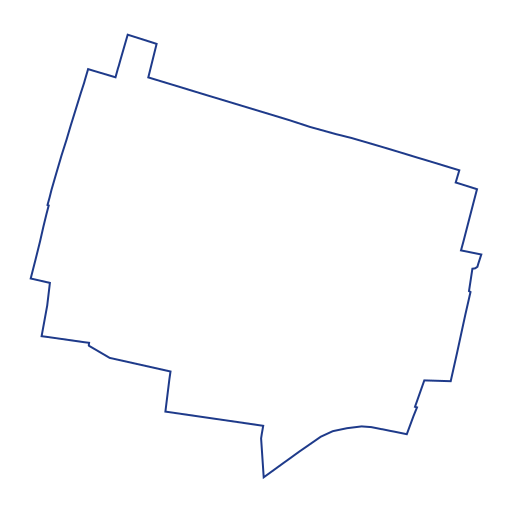 Cezieni, Olt, Romania (Albers equal-area conic projection)
{"feature_id": "2599482B37595312342711", "entity_name": "Cezieni", "entity_type": "district", "adm_level": 2, "iso_a3": "ROU", "parent_name": "Romania", "parent_adm1": "Olt", "projection": "albers", "projection_center": [24.269, 44.184], "detail": "fine", "context": "isolated", "style": "outline", "palette": "blue", "viewbox_px": 512, "rotation_deg": 0, "n_neighbors": 0, "source": "geoboundaries", "source_scale": "gbopen_adm2", "svg_char_len": 1353}
<svg xmlns="http://www.w3.org/2000/svg" viewBox="0 0 512 512"><path d="M381.7,429.2L382.1,429.2L383.6,429.5L390.3,430.9L394.1,431.6L406.8,434.2L413.6,415.8L417.0,407.4L415.0,406.8L423.6,382.4L424.3,380.4L450.7,381.2L457.0,353.1L463.8,321.7L465.5,313.9L470.5,292.0L469.0,291.1L472.4,268.7L474.9,268.4L475.5,268.1L477.4,266.8L478.3,263.7L481.3,254.5L461.0,250.4L463.4,241.6L473.7,201.8L477.0,189.2L459.6,183.7L455.7,182.5L457.8,175.4L459.1,171.0L459.3,170.3L458.7,170.1L450.7,167.7L423.8,159.5L418.0,157.8L392.7,150.1L376.9,145.4L351.2,137.9L346.7,136.8L341.2,135.4L336.2,134.2L310.2,127.0L288.8,120.0L206.8,95.2L148.3,77.4L156.6,43.9L154.8,43.3L127.7,34.7L120.4,60.0L118.7,66.1L118.0,68.2L115.5,77.3L94.3,71.0L88.1,69.1L84.9,80.0L84.1,82.9L81.5,90.9L81.0,92.4L72.7,119.2L70.7,125.6L66.5,139.8L61.5,155.5L59.9,161.0L56.1,173.9L51.5,189.8L49.6,197.4L47.5,205.0L48.7,205.5L46.5,213.9L43.5,226.2L40.0,241.6L35.4,260.1L30.7,278.5L49.9,282.9L47.2,305.6L41.6,336.2L46.3,336.8L84.2,342.2L89.1,342.8L88.9,344.2L88.8,345.5L89.0,345.8L93.8,348.6L109.7,357.9L170.5,371.5L169.4,379.1L165.4,411.6L213.7,418.6L263.2,425.8L262.0,432.7L261.9,433.2L261.1,438.4L263.7,477.3L283.6,462.9L291.7,457.1L294.3,455.2L299.7,451.3L320.8,436.7L332.3,431.4L333.1,431.1L347.0,428.2L361.6,426.4L371.2,427.1L377.3,428.3L381.7,429.2Z" fill="none" stroke="#1e3a8a" stroke-width="2"/></svg>